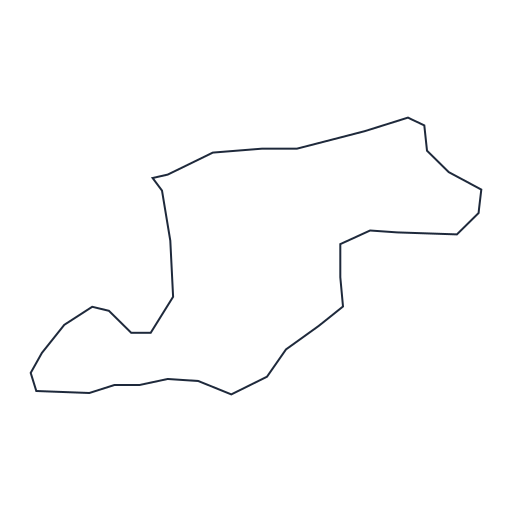 the district of Vellinge, Skåne, Sweden
{"feature_id": "70781695B48074135992982", "entity_name": "Vellinge", "entity_type": "district", "adm_level": 2, "iso_a3": "SWE", "parent_name": "Sweden", "parent_adm1": "Skåne", "projection": "robinson", "projection_center": [13.015, 55.472], "detail": "fine", "context": "isolated", "style": "outline", "palette": "slate", "viewbox_px": 512, "rotation_deg": 0, "n_neighbors": 0, "source": "geoboundaries", "source_scale": "gbopen_adm2", "svg_char_len": 613}
<svg xmlns="http://www.w3.org/2000/svg" viewBox="0 0 512 512"><path d="M231.3,394.4L267.0,376.7L286.0,349.4L318.6,326.0L343.0,306.5L340.3,277.2L340.3,244.1L370.1,230.5L397.2,232.4L456.9,234.4L478.6,213.0L479.0,209.1L481.3,189.6L448.7,172.1L427.0,150.7L424.3,125.4L411.4,119.3L408.0,117.6L364.6,131.2L296.8,148.7L261.6,148.7L212.8,152.6L167.7,174.6L152.6,178.0L162.0,190.6L170.3,240.7L173.1,296.8L150.7,332.8L131.2,332.8L108.9,310.8L92.2,306.8L64.3,324.8L41.9,352.9L30.7,372.9L36.3,391.0L89.3,393.0L114.4,385.0L139.5,385.0L167.5,379.0L198.2,381.0L231.3,394.4Z" fill="none" stroke="#1e293b" stroke-width="2"/></svg>